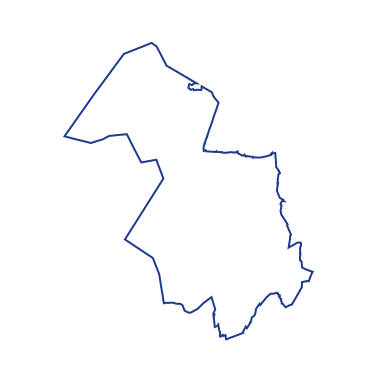 Hengelo (O), Overijssel, Netherlands, rotated 106°
{"feature_id": "6326949B60832085423850", "entity_name": "Hengelo (O)", "entity_type": "district", "adm_level": 2, "iso_a3": "NLD", "parent_name": "Netherlands", "parent_adm1": "Overijssel", "projection": "natural_earth1", "projection_center": [6.781, 52.252], "detail": "fine", "context": "isolated", "style": "outline", "palette": "blue", "viewbox_px": 384, "rotation_deg": 106, "n_neighbors": 0, "source": "geoboundaries", "source_scale": "gbopen_adm2", "svg_char_len": 5479}
<svg xmlns="http://www.w3.org/2000/svg" viewBox="0 0 384 384"><g transform="rotate(106 192 192)"><path d="M131.6,122.7L133.0,126.2L132.9,126.2L133.2,126.4L133.3,126.3L134.2,125.9L135.0,126.6L135.3,127.6L135.7,128.2L136.0,128.6L136.5,129.2L136.7,129.4L137.6,131.1L138.1,132.0L138.8,133.4L139.1,133.6L139.9,135.7L140.6,137.6L140.8,138.6L141.1,139.6L141.3,140.5L141.5,141.5L141.7,142.4L141.6,142.7L141.8,142.8L141.6,142.9L141.8,143.1L141.7,143.4L141.7,144.6L142.3,148.9L142.5,148.9L142.6,149.7L142.9,149.7L143.0,149.8L142.7,150.5L141.9,151.8L141.7,151.7L141.6,151.8L142.8,152.4L142.8,153.1L143.0,153.2L143.1,153.6L143.1,154.3L142.9,154.5L142.8,155.6L142.5,156.7L142.0,158.8L141.9,158.8L140.4,159.3L141.0,160.0L142.3,161.5L142.3,162.8L142.9,164.2L142.9,164.4L142.8,164.7L143.0,165.8L143.4,166.8L144.0,167.8L144.4,168.8L144.8,169.8L145.1,170.8L145.7,173.4L145.4,174.2L145.6,174.3L145.5,174.5L146.0,176.4L146.3,177.6L146.5,178.8L146.0,179.8L147.0,180.1L147.4,182.0L148.0,185.0L149.0,189.6L148.9,189.7L148.4,190.2L148.1,190.4L149.3,191.9L148.9,192.1L147.7,192.7L146.7,193.0L145.6,193.2L144.5,193.3L143.4,193.3L142.4,193.3L142.2,193.1L142.1,193.3L141.9,193.4L141.7,193.4L141.1,193.4L140.9,193.1L139.3,193.1L138.7,193.2L138.4,193.2L137.6,193.0L137.2,193.0L136.7,192.9L135.8,192.9L135.5,192.7L135.2,192.7L135.3,192.9L132.2,192.8L132.2,192.7L130.5,192.6L130.1,192.7L124.2,192.4L123.8,192.3L120.3,192.1L119.0,192.0L111.9,191.8L110.0,191.7L108.1,191.5L107.8,191.5L103.2,191.3L99.0,191.1L98.8,191.1L98.6,191.3L98.4,191.7L98.0,192.2L97.7,192.8L96.5,194.5L95.3,196.3L94.5,197.2L93.8,198.1L92.2,199.2L90.7,200.3L87.8,211.8L91.2,211.1L91.5,211.3L91.8,213.1L92.4,215.7L93.1,216.5L93.3,217.0L93.6,218.0L93.3,218.5L92.7,219.1L93.1,219.6L93.6,220.4L93.9,220.9L94.0,221.3L94.1,221.6L93.8,221.9L93.6,222.1L93.4,222.4L93.4,222.7L93.1,224.0L92.9,224.2L92.6,224.2L92.3,224.2L92.0,224.3L91.7,224.3L91.3,224.4L90.6,224.4L89.5,224.5L89.3,224.5L89.1,224.4L88.9,224.3L88.9,223.9L89.0,223.0L89.1,222.5L89.3,222.1L89.3,221.9L89.3,221.6L89.1,221.3L88.3,220.9L88.1,220.7L87.9,220.6L87.3,220.1L86.9,219.6L86.7,219.1L86.6,218.7L86.3,217.5L85.1,222.0L85.2,222.3L85.2,222.5L84.9,222.8L77.6,251.2L62.0,266.0L59.8,271.9L62.8,275.7L78.0,295.5L94.0,301.5L109.5,307.2L124.3,312.8L145.4,320.1L145.5,320.2L162.2,325.9L172.9,329.7L173.6,329.9L173.5,323.8L173.4,320.7L173.3,316.1L172.9,308.1L172.8,302.7L170.2,298.8L168.1,295.7L167.4,294.4L165.9,292.2L161.0,287.2L157.3,278.0L154.4,270.6L167.6,258.4L168.6,257.4L169.7,256.4L177.6,248.9L172.3,238.2L170.8,235.2L175.6,231.7L176.7,230.9L176.9,230.7L187.0,223.2L256.1,243.4L266.2,211.5L279.2,201.5L279.8,201.0L291.0,195.8L298.7,192.1L306.7,188.4L306.1,187.6L304.8,183.3L304.4,182.1L304.1,181.4L303.7,180.0L303.7,176.3L303.5,175.3L302.7,172.3L303.0,171.3L303.4,170.0L308.1,166.4L308.9,162.2L308.8,161.9L308.3,159.9L302.7,154.3L295.8,150.5L287.7,144.3L298.4,137.3L303.0,138.0L304.3,137.4L304.2,137.2L304.4,137.2L304.0,136.7L306.5,136.5L308.9,135.6L312.1,134.2L314.0,133.5L315.5,132.9L313.8,130.8L312.3,130.2L312.8,130.0L313.0,129.9L315.0,128.9L318.2,127.3L318.6,126.8L318.8,126.3L321.8,125.8L323.3,125.1L323.3,124.9L323.2,124.8L322.9,124.5L322.6,124.3L322.5,124.2L321.9,124.0L321.6,123.8L321.3,123.5L321.2,123.4L320.9,123.0L321.8,122.5L320.3,120.4L321.6,119.8L322.7,119.4L324.1,118.7L323.8,118.1L323.9,117.9L323.6,117.5L323.5,117.4L323.4,117.4L322.9,116.7L322.5,116.3L321.3,114.8L320.5,113.5L319.2,111.8L318.2,110.5L316.3,107.9L316.0,107.7L315.7,107.1L315.6,106.9L313.8,104.6L313.4,104.0L312.9,104.5L306.6,103.2L307.5,102.2L307.8,101.7L301.4,99.8L301.2,100.2L299.3,99.6L297.8,99.9L296.0,99.9L294.2,98.4L293.3,97.9L291.3,97.7L286.7,98.2L280.9,96.3L281.8,95.2L272.8,91.4L272.4,91.2L272.1,91.0L270.8,90.0L270.4,89.8L269.5,89.3L268.8,88.8L268.2,88.4L267.9,88.2L267.9,87.4L267.8,86.9L267.7,86.6L266.8,84.9L266.0,83.5L265.5,82.8L265.7,81.4L266.7,81.3L266.7,80.9L266.9,79.7L267.0,79.2L267.5,79.1L267.8,79.1L268.1,79.2L268.3,79.3L268.3,79.1L268.8,79.3L268.9,79.2L269.0,79.2L270.0,77.2L270.2,77.5L270.8,77.2L273.1,75.4L274.2,75.1L273.9,74.7L277.0,70.3L276.1,69.3L275.2,68.3L273.4,66.4L273.2,66.1L272.9,65.1L264.8,63.0L253.4,60.2L253.2,60.2L248.3,61.4L246.2,57.5L245.7,56.3L245.6,55.8L245.6,55.2L240.9,54.8L235.7,54.3L235.5,54.1L235.3,54.9L235.4,56.0L235.3,56.5L235.3,56.8L235.3,57.0L235.3,57.5L235.2,57.8L235.1,59.2L235.1,60.0L235.1,60.5L235.0,60.9L234.5,64.0L234.3,64.6L234.3,65.0L234.1,65.5L233.9,65.5L233.7,65.5L228.7,67.5L227.6,69.5L227.4,69.6L226.3,69.8L224.2,70.4L223.8,70.4L223.4,70.5L223.0,70.5L221.5,70.7L221.4,70.8L221.6,71.1L221.4,71.2L220.4,71.5L219.6,71.5L219.3,71.5L219.1,71.6L218.4,71.9L218.2,72.0L217.2,72.4L216.6,72.5L215.7,72.7L215.2,72.7L214.8,72.6L214.6,72.5L214.3,72.5L213.7,72.6L213.1,72.5L210.7,73.5L211.5,76.5L218.8,83.8L213.0,84.5L211.0,84.7L207.9,85.4L207.3,85.4L205.7,85.1L197.9,91.5L196.8,91.1L188.9,100.1L185.3,101.8L184.7,101.8L183.0,101.9L182.0,102.1L180.5,102.1L179.9,103.2L179.7,103.4L179.5,103.6L179.3,103.6L178.6,103.5L177.2,103.3L176.4,103.2L176.3,102.9L175.3,101.6L175.3,101.3L175.1,101.6L174.9,101.9L174.7,102.1L174.4,102.8L174.3,102.7L174.2,103.2L173.9,103.8L173.9,104.0L173.6,105.5L173.5,105.8L173.4,106.0L173.2,106.2L167.3,110.8L160.0,111.7L160.3,112.1L156.3,113.0L152.2,113.6L151.7,113.7L151.4,113.7L150.9,113.6L150.3,113.4L150.0,113.3L149.8,113.1L149.8,112.8L149.3,112.7L148.2,114.1L148.1,114.4L147.8,114.4L147.7,114.4L147.5,114.5L147.4,114.5L144.9,118.0L143.8,118.4L143.2,118.4L131.6,122.7Z" fill="none" stroke="#1e3a8a" stroke-width="2"/></g></svg>